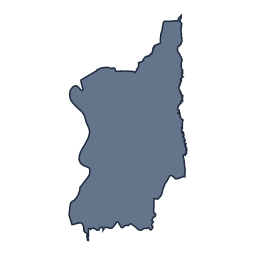 outline of Tan Thanh, Bà Rịa - Vũng Tàu, Vietnam
{"feature_id": "81297802B41485876419304", "entity_name": "Tan Thanh", "entity_type": "district", "adm_level": 2, "iso_a3": "VNM", "parent_name": "Vietnam", "parent_adm1": "Bà Rịa - Vũng Tàu", "projection": "equal_earth", "projection_center": [107.136, 10.589], "detail": "fine", "context": "isolated", "style": "filled", "palette": "slate", "viewbox_px": 256, "rotation_deg": 0, "n_neighbors": 0, "source": "geoboundaries", "source_scale": "gbopen_adm2", "svg_char_len": 5803}
<svg xmlns="http://www.w3.org/2000/svg" viewBox="0 0 256 256"><path d="M185.3,154.7L185.7,153.3L185.9,153.2L186.0,153.3L185.9,153.9L186.0,154.1L186.5,153.5L186.3,153.0L186.5,152.2L186.3,151.4L186.0,151.1L185.9,150.0L186.2,149.8L186.8,150.3L187.0,150.0L186.6,149.0L186.3,147.1L186.1,147.0L185.7,147.3L185.7,146.4L185.2,146.2L184.8,145.6L184.9,145.4L185.5,145.1L186.0,143.9L185.8,143.9L185.3,144.5L184.9,144.6L185.0,143.5L184.5,142.9L184.4,142.2L183.9,141.4L184.0,141.2L184.6,141.4L184.4,140.8L184.4,140.4L184.6,140.3L185.1,140.5L185.1,140.0L184.6,139.6L184.5,138.9L184.2,138.6L183.8,137.2L183.0,137.0L183.0,136.7L183.3,136.3L183.7,136.3L184.0,135.5L183.6,134.9L183.7,134.2L183.5,132.7L183.4,132.4L183.1,132.4L182.9,133.2L182.6,133.4L182.5,133.2L182.7,132.6L181.9,132.8L181.8,132.6L182.4,132.2L182.5,131.5L182.4,131.1L181.6,130.2L181.7,127.6L182.0,127.7L182.1,128.7L182.4,128.5L182.6,128.1L182.0,126.3L182.5,125.4L182.3,123.1L182.9,120.8L183.0,120.0L182.8,119.7L182.0,119.8L181.7,118.9L181.0,118.1L180.5,117.8L180.5,117.0L180.3,116.5L180.3,115.7L179.8,114.7L179.8,113.8L179.2,113.9L179.0,113.2L178.8,113.0L178.3,113.6L178.0,113.5L178.0,113.0L178.1,112.7L179.2,112.4L178.8,112.1L178.9,111.8L179.2,111.7L179.1,110.9L179.2,110.2L178.3,109.8L177.6,109.0L177.8,108.2L177.7,107.2L178.6,106.3L179.2,104.5L180.0,104.1L180.3,103.5L181.0,103.4L180.7,102.1L180.8,101.4L181.2,101.1L181.7,101.5L182.5,101.6L182.4,101.3L182.0,100.7L182.6,100.5L182.6,99.3L182.0,98.8L181.9,97.9L182.1,96.8L182.7,97.1L182.7,95.8L182.2,96.1L181.6,95.5L181.8,94.7L181.1,94.0L181.2,93.3L180.5,93.2L180.6,92.6L180.1,92.1L180.6,91.8L180.6,91.6L179.8,90.3L178.6,87.8L179.9,85.6L179.8,85.3L179.4,85.4L179.3,85.2L180.0,84.6L180.0,83.7L180.4,83.5L180.6,83.2L180.6,82.6L180.2,82.2L181.2,81.2L180.8,81.0L181.3,80.3L181.0,80.0L181.2,79.3L180.6,79.3L180.5,78.9L180.9,78.7L181.3,78.8L181.7,78.3L181.7,77.8L182.2,77.3L182.7,77.1L182.7,76.4L182.9,76.4L182.5,76.0L182.3,76.6L181.8,74.9L181.8,74.5L182.3,74.2L182.3,73.4L182.6,73.3L182.5,73.1L182.2,73.2L182.7,72.4L182.6,72.1L182.2,72.1L182.6,71.4L182.7,71.1L182.4,70.8L182.6,69.9L182.0,69.7L181.7,68.8L181.3,68.2L181.3,67.5L181.0,66.5L181.1,66.1L181.3,66.3L181.4,66.1L181.2,65.4L181.4,64.3L181.1,63.3L181.8,61.7L181.8,60.7L182.1,59.7L181.8,58.7L181.3,58.1L181.1,57.0L180.4,56.3L179.6,53.9L178.1,52.3L177.8,50.8L177.5,50.3L177.4,49.9L177.7,47.3L178.1,46.6L179.3,46.0L180.7,44.2L181.2,43.9L181.2,42.9L182.0,41.1L181.8,39.1L182.0,38.2L181.5,37.3L181.3,36.2L181.5,34.9L181.3,33.0L181.0,32.1L181.1,30.9L180.7,29.9L181.0,29.4L181.3,27.7L181.1,27.4L181.4,27.1L181.3,25.9L181.7,25.3L181.5,24.5L181.8,23.7L180.0,21.4L180.3,19.8L181.1,17.9L181.3,15.4L179.7,17.0L178.5,18.5L178.2,19.3L178.0,20.9L172.8,20.9L171.7,21.2L164.1,21.4L163.1,23.7L163.0,25.1L162.4,27.0L162.3,29.6L160.7,34.5L160.7,36.4L160.3,39.4L160.4,42.2L160.0,43.3L159.5,43.8L157.4,44.2L156.8,44.8L154.6,45.4L154.4,45.8L154.5,46.4L154.0,46.5L154.1,47.0L153.8,47.1L153.4,48.3L152.9,48.2L152.9,51.0L152.4,51.9L152.0,52.1L152.1,53.3L151.9,53.6L151.7,53.7L151.1,53.6L150.7,54.4L149.9,54.6L149.3,55.8L148.9,56.2L148.3,55.9L147.9,56.4L146.6,56.2L146.2,56.7L145.4,56.8L143.3,59.5L142.6,61.1L140.8,62.1L140.0,62.0L139.2,62.9L138.5,62.8L138.5,63.6L138.6,64.6L138.4,66.8L137.0,68.9L135.4,72.6L133.8,71.6L132.2,71.4L126.7,71.1L123.1,71.3L121.5,70.9L118.3,71.3L116.1,71.3L115.4,70.5L115.2,68.9L114.6,68.3L113.8,68.0L112.6,68.0L110.4,68.4L109.1,67.7L107.7,67.3L102.8,67.7L100.7,68.1L98.6,69.2L97.3,69.5L97.5,70.2L80.9,80.1L81.1,82.2L82.9,89.0L82.8,89.7L82.5,90.2L81.8,90.5L80.9,90.0L78.2,87.0L77.1,86.1L75.9,85.7L74.5,86.0L72.9,86.8L71.0,89.3L70.4,90.4L69.9,92.0L69.6,94.1L70.0,97.7L70.8,100.1L72.3,102.4L76.5,106.9L80.3,110.3L82.1,112.1L83.9,114.7L84.8,116.8L86.1,121.8L88.7,127.9L89.4,129.8L89.6,131.9L89.2,134.7L88.3,137.8L85.1,144.0L82.0,149.2L80.5,152.2L79.6,154.9L79.3,156.8L79.1,158.5L79.1,159.6L79.7,161.6L80.3,162.7L81.8,164.4L83.9,165.8L86.5,166.7L89.0,167.9L89.7,169.1L89.9,170.0L89.7,173.3L88.9,175.7L87.7,177.5L83.4,183.0L81.9,185.2L80.1,187.0L79.6,190.7L79.3,191.9L77.9,195.6L75.3,199.1L74.0,200.4L71.6,201.9L70.9,202.7L70.6,203.4L70.2,204.6L69.0,215.0L72.0,224.7L80.1,222.8L80.7,222.8L81.4,223.1L82.3,224.0L83.1,225.4L83.7,227.2L83.7,228.7L83.8,229.5L83.6,230.5L84.3,231.3L84.5,231.8L86.0,232.7L87.0,233.9L87.3,235.0L86.7,236.5L87.2,237.8L87.5,240.1L87.7,240.5L88.0,240.6L88.3,240.6L88.5,239.8L88.5,239.3L88.0,238.0L88.6,235.2L88.4,233.0L88.5,230.9L88.4,229.6L88.5,229.0L88.8,228.6L90.0,228.5L90.5,229.4L91.1,228.8L92.0,228.4L94.0,228.3L96.9,230.1L98.1,230.2L99.0,229.9L99.1,229.3L99.8,228.0L100.4,227.5L101.9,227.1L102.2,227.2L102.8,228.3L103.1,229.2L103.1,230.2L104.1,228.4L105.2,227.5L106.9,227.4L109.7,228.2L110.7,228.3L112.0,228.0L112.9,227.3L114.9,224.8L116.6,222.3L117.1,221.9L118.1,222.2L118.4,222.5L120.9,227.0L121.6,227.6L123.0,227.5L124.4,226.0L125.4,225.5L128.6,225.4L130.7,223.7L130.9,223.7L135.4,226.9L137.9,229.3L139.3,230.1L140.7,230.2L141.3,230.1L142.6,229.5L143.8,228.5L145.5,228.3L146.5,228.6L148.1,227.7L148.4,227.7L149.0,228.1L149.9,229.6L150.9,229.9L151.2,229.8L152.2,228.6L152.8,227.5L152.8,227.1L152.7,226.5L151.8,225.3L151.6,224.8L151.9,223.9L152.8,222.9L153.3,221.9L153.1,221.3L152.0,220.8L152.1,219.8L152.6,218.3L153.8,217.1L154.0,216.5L154.9,216.6L155.4,216.1L155.6,215.6L155.4,213.7L154.8,213.5L154.2,212.9L153.7,211.6L153.7,210.5L153.5,210.0L154.0,207.2L153.9,201.6L154.0,198.5L155.7,199.0L156.9,198.9L157.9,199.1L157.9,198.7L159.8,197.2L161.7,194.4L162.9,189.2L165.1,183.6L166.8,181.3L169.6,175.9L170.9,175.6L171.9,175.7L173.4,176.7L174.3,177.8L175.8,179.0L178.7,178.4L181.5,177.2L182.6,177.2L183.8,176.1L184.3,176.0L184.8,176.6L184.9,173.6L185.2,170.4L184.5,165.2L184.2,161.6L183.1,155.2L183.5,155.0L184.0,155.1L184.6,154.7L184.9,155.0L185.0,154.5L185.3,154.7Z" fill="#64748b" stroke="#1e293b" stroke-width="1.5"/></svg>